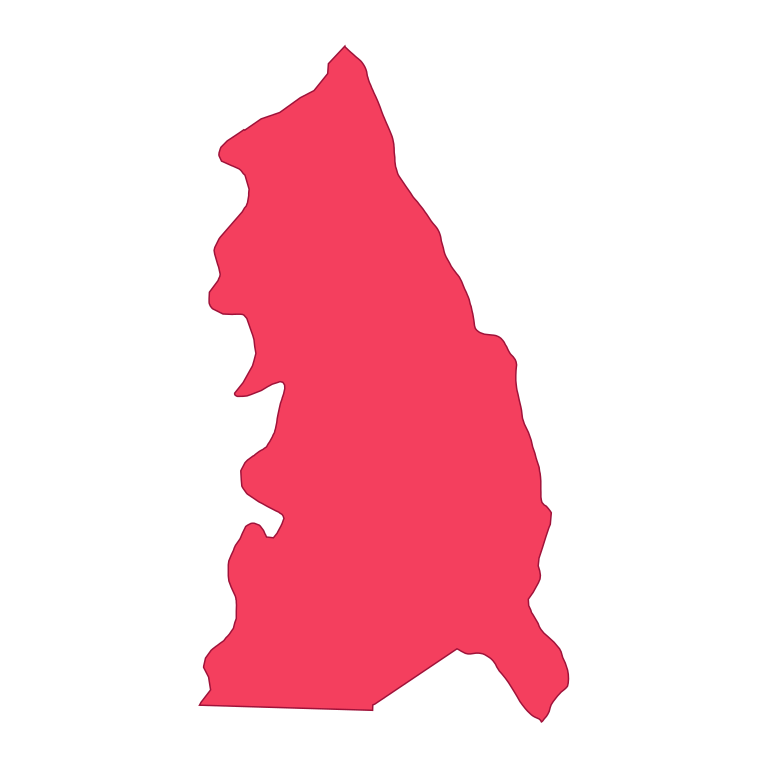 Catin, Laborie, Saint Lucia (Mercator projection)
{"feature_id": "8701671B96536961646106", "entity_name": "Catin", "entity_type": "district", "adm_level": 2, "iso_a3": "LCA", "parent_name": "Saint Lucia", "parent_adm1": "Laborie", "projection": "mercator", "projection_center": [-60.98, 13.778], "detail": "fine", "context": "isolated", "style": "filled", "palette": "rose", "viewbox_px": 768, "rotation_deg": 0, "n_neighbors": 0, "source": "geoboundaries", "source_scale": "gbopen_adm2", "svg_char_len": 5847}
<svg xmlns="http://www.w3.org/2000/svg" viewBox="0 0 768 768"><path d="M372.6,710.3L372.8,704.9L374.8,704.1L457.0,648.8L459.3,650.0L461.2,651.2L462.8,652.0L465.3,653.3L467.9,653.9L470.5,653.9L473.4,653.5L476.1,653.1L478.6,653.1L480.1,653.3L482.8,653.8L484.7,654.6L487.2,656.1L489.4,657.5L490.5,658.3L491.5,659.2L492.9,660.6L494.3,662.5L495.5,664.2L496.8,667.0L499.4,671.1L501.8,673.8L505.3,678.1L508.6,682.7L511.3,687.0L514.1,691.5L516.8,696.0L520.0,701.6L522.4,704.9L525.3,708.6L527.7,711.3L530.1,713.6L531.5,714.9L533.0,716.0L534.7,717.0L536.5,717.8L539.0,718.9L540.5,720.2L541.4,721.9L542.1,721.5L542.8,720.8L544.2,718.9L546.4,716.4L547.8,714.2L549.2,711.4L550.2,707.5L551.2,704.7L553.3,701.4L557.5,696.0L561.2,692.0L564.7,689.2L566.2,687.8L567.5,686.2L568.2,683.1L568.5,678.9L568.3,674.4L567.6,670.1L565.3,663.1L562.7,657.5L561.1,651.8L559.5,648.7L555.2,643.6L554.0,642.2L548.0,636.7L543.9,633.1L540.9,629.4L539.3,626.7L538.1,623.4L533.1,614.9L531.5,612.5L530.8,610.1L528.7,605.6L528.3,599.2L533.1,592.4L538.4,582.8L540.0,579.0L540.4,575.3L539.7,570.9L538.2,565.8L539.0,558.2L542.3,548.2L545.9,536.7L548.9,527.7L550.3,524.3L551.3,512.8L550.5,511.4L549.9,510.6L548.3,508.5L546.3,506.2L544.2,505.0L542.0,502.5L541.4,500.3L540.9,497.1L540.9,492.2L540.8,489.1L540.8,484.2L540.8,481.2L540.5,476.8L540.1,473.4L539.6,471.3L539.1,467.3L538.4,465.1L536.9,460.6L536.0,457.7L534.9,453.3L534.0,450.7L532.7,447.0L531.2,440.3L528.5,432.6L525.9,427.2L524.4,424.1L522.5,418.3L522.1,415.3L521.5,410.2L520.8,406.7L519.2,400.0L518.0,394.3L517.0,390.3L516.6,387.9L516.1,383.6L515.8,380.5L515.8,375.6L516.0,370.7L516.3,367.5L516.6,364.9L516.1,361.9L515.2,359.6L513.2,356.8L511.8,355.4L510.9,354.5L510.1,353.5L508.7,351.1L507.7,349.1L506.7,346.8L505.3,344.6L504.2,342.3L502.8,340.4L501.0,338.4L499.4,337.2L498.1,336.5L495.9,335.6L493.7,335.2L490.6,334.9L484.4,334.2L480.2,332.7L478.7,331.8L478.2,331.4L476.8,330.3L475.3,328.4L474.5,325.6L474.2,323.0L473.8,320.0L473.3,317.0L472.8,314.0L472.1,311.2L471.1,306.4L470.3,304.3L469.6,301.4L469.2,299.6L468.4,297.4L467.1,294.4L466.4,292.6L464.6,288.9L463.5,286.2L462.4,283.4L461.5,281.2L460.1,278.6L459.4,277.2L457.6,274.8L456.6,273.7L454.6,271.0L453.0,268.9L451.2,266.3L450.0,263.9L448.7,261.5L447.6,259.6L446.1,256.9L444.9,254.2L444.1,251.6L443.3,247.9L441.3,240.9L440.9,238.1L440.5,236.1L440.0,234.5L439.3,232.5L438.8,231.4L437.7,229.3L436.5,227.5L435.1,225.8L433.0,223.4L431.0,220.8L428.8,217.4L426.6,214.1L425.1,212.1L423.0,209.0L421.4,207.0L419.6,204.8L417.5,202.0L414.9,199.1L413.2,197.1L412.2,195.6L410.5,192.9L405.8,186.2L400.8,178.8L399.1,176.3L398.0,174.4L397.4,172.7L396.8,170.5L396.1,168.1L395.6,166.8L395.3,164.4L394.9,161.5L394.8,157.4L394.2,152.2L394.1,147.9L393.9,146.0L393.8,144.2L393.3,141.6L392.8,139.1L392.1,136.6L391.1,134.0L389.7,130.6L387.9,126.4L386.5,123.3L385.3,120.5L384.4,118.3L383.3,115.8L381.9,112.2L380.1,107.1L378.0,101.8L375.9,97.0L373.8,92.6L373.0,90.6L371.8,88.1L371.0,86.0L370.5,84.8L369.6,82.9L369.0,81.3L368.3,79.1L367.9,77.5L367.4,76.2L366.9,73.4L366.7,71.9L365.9,69.3L364.9,67.0L364.0,65.4L363.2,64.1L361.9,62.3L360.8,61.0L359.7,60.0L358.1,58.6L357.2,57.9L355.3,56.3L354.7,55.7L352.7,53.9L350.7,52.2L348.0,49.7L345.1,46.9L344.9,46.1L328.4,63.7L327.7,73.6L314.0,90.6L300.3,97.7L279.7,112.5L261.1,118.9L244.7,130.2L243.9,129.7L239.1,133.0L227.2,140.9L220.9,147.3L220.7,147.9L220.4,148.5L219.1,152.7L218.9,154.9L219.1,155.9L221.5,161.1L232.0,165.8L232.9,166.1L238.7,168.7L239.2,169.0L240.5,170.0L241.7,171.4L243.2,173.5L245.0,175.2L249.1,189.2L248.7,193.1L248.7,195.7L247.6,202.1L247.5,202.9L247.1,203.6L246.2,206.1L244.5,208.0L242.3,211.8L220.3,237.1L219.0,238.9L214.8,247.4L214.1,250.4L214.7,254.1L217.7,264.5L218.5,266.7L219.0,268.7L219.3,270.2L220.2,274.2L219.8,276.5L218.6,279.0L218.1,280.5L209.4,292.2L209.1,298.6L209.1,302.2L209.3,303.7L209.6,304.3L210.3,306.0L211.8,308.0L212.8,308.9L223.0,314.0L232.5,314.4L233.0,314.3L236.7,314.2L240.2,314.2L242.4,314.4L243.9,315.1L246.1,317.6L246.8,318.4L251.8,332.7L252.7,335.1L252.9,335.8L254.0,339.7L254.7,346.3L255.9,353.4L254.5,358.7L254.1,360.3L252.5,365.8L243.1,382.6L234.7,393.1L234.6,394.0L235.1,395.1L236.4,396.0L237.5,396.4L243.0,396.3L247.0,395.9L250.8,394.6L260.3,390.9L261.5,390.4L267.9,386.5L269.5,385.7L272.2,384.2L277.9,382.4L280.0,381.6L282.9,382.3L284.6,385.0L284.8,388.6L284.6,389.4L283.6,393.9L282.2,398.0L281.9,399.3L280.5,403.2L279.2,408.9L277.9,415.0L277.2,418.7L276.8,422.3L275.4,429.1L274.9,430.5L274.5,432.5L273.1,435.0L272.4,436.8L269.7,441.7L268.1,444.0L266.5,446.9L264.2,448.4L263.3,449.2L260.6,450.6L259.0,451.6L255.3,454.4L253.9,455.7L253.2,455.9L252.5,456.4L247.6,460.0L246.9,460.7L245.0,462.7L241.7,469.0L240.8,470.8L241.0,474.8L241.3,480.2L241.8,485.8L242.0,486.5L243.1,488.4L246.6,493.3L247.4,494.1L258.8,501.8L262.0,503.4L267.3,506.4L273.7,509.7L275.8,510.8L278.7,512.1L279.9,513.1L281.2,513.9L281.8,514.2L282.3,514.8L282.7,515.3L283.2,516.2L283.7,517.8L284.0,518.3L283.2,520.4L282.0,523.8L281.5,524.7L281.3,525.3L277.7,532.0L277.4,532.6L277.2,533.1L273.4,537.8L270.2,537.4L269.1,537.3L266.5,537.0L265.6,534.9L264.8,533.5L264.3,532.2L263.5,530.4L260.2,526.0L259.0,525.0L258.3,524.8L254.5,523.3L253.4,523.2L252.4,523.2L251.0,523.4L247.5,525.2L245.7,526.5L244.3,529.4L242.4,533.3L240.6,537.6L240.0,538.9L235.5,545.3L234.2,548.1L233.5,550.3L231.1,555.4L228.8,561.0L228.3,564.8L228.3,575.7L228.4,576.9L228.9,581.0L231.1,586.9L232.4,589.8L235.3,596.1L235.9,598.3L236.0,599.7L236.3,600.3L236.3,602.4L236.5,605.1L236.3,611.0L236.3,612.3L236.3,618.5L234.8,622.7L234.0,625.9L233.4,628.3L231.3,631.3L229.5,634.0L227.6,636.2L226.1,637.6L223.8,640.7L220.4,643.1L217.5,645.3L217.0,645.7L216.2,646.2L212.7,648.9L211.6,649.9L211.2,650.2L207.8,654.9L205.5,658.1L203.7,666.1L203.6,667.4L208.6,677.1L208.7,677.8L210.6,689.9L201.1,702.2L199.5,705.2L372.6,710.3Z" fill="#f43f5e" stroke="#9f1239" stroke-width="1.5"/></svg>